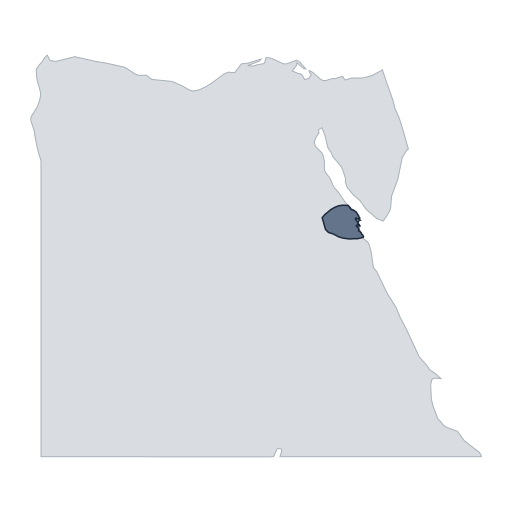 Hurghada 2, Al Bahr al Ahmar, Egypt (highlighted)
{"feature_id": "37247803B98457599359411", "entity_name": "Hurghada 2", "entity_type": "district", "adm_level": 2, "iso_a3": "EGY", "parent_name": "Egypt", "parent_adm1": "Al Bahr al Ahmar", "projection": "mercator", "projection_center": [33.498, 27.742], "detail": "fine", "context": "in_parent", "style": "filled", "palette": "slate", "viewbox_px": 512, "rotation_deg": 0, "n_neighbors": 0, "source": "geoboundaries", "source_scale": "gbopen_adm2", "svg_char_len": 5879}
<svg xmlns="http://www.w3.org/2000/svg" viewBox="0 0 512 512"><path d="M481.3,456.7L469.1,456.7L457.0,456.7L444.8,456.7L432.7,456.7L420.5,456.7L408.4,456.7L396.2,456.7L384.1,456.7L371.9,456.7L359.8,456.7L347.6,456.7L335.5,456.7L323.3,456.7L311.2,456.7L299.0,456.7L286.9,456.7L280.0,456.7L281.1,453.2L281.9,450.7L281.1,448.9L278.7,448.5L277.1,449.0L273.5,456.5L271.6,456.8L267.3,456.8L253.2,456.8L239.0,456.8L224.9,456.8L210.7,456.8L196.6,456.8L182.4,456.8L168.3,456.8L154.1,456.8L140.0,456.7L125.9,456.7L111.7,456.7L97.6,456.7L83.4,456.7L69.3,456.7L55.1,456.7L41.0,456.7L41.0,447.8L41.0,438.8L41.0,429.8L41.0,420.7L41.0,411.7L41.0,402.7L41.0,393.6L41.0,384.5L41.0,375.4L41.0,366.3L41.0,357.2L41.0,348.0L41.0,338.9L41.0,329.7L41.0,320.5L41.0,311.3L41.0,302.1L41.0,292.8L41.0,283.6L41.0,274.3L41.0,265.0L41.0,255.7L41.0,246.3L41.0,237.0L41.0,227.6L41.0,218.2L41.0,208.8L41.0,199.4L41.0,189.9L41.0,180.4L41.0,170.9L41.0,161.4L40.7,159.7L38.6,153.2L36.7,144.9L34.7,134.8L34.4,131.5L31.0,121.0L30.7,118.0L31.6,115.9L37.2,107.0L38.9,102.7L40.3,97.5L40.7,93.3L39.1,86.8L37.2,81.0L36.5,75.0L36.3,69.1L39.1,65.1L42.5,61.4L43.8,59.0L45.9,56.4L47.3,55.2L50.1,60.5L55.9,61.4L74.8,56.7L95.7,61.4L107.2,63.3L124.9,67.3L135.8,74.4L138.7,75.3L146.5,75.2L151.6,79.4L171.9,81.4L182.7,86.1L188.8,89.8L192.5,90.9L195.7,90.8L200.1,89.4L205.7,86.8L211.7,83.1L224.2,73.8L228.7,72.1L231.6,72.6L235.1,72.4L236.6,69.9L238.4,68.2L239.6,66.2L241.5,63.8L248.0,63.1L261.0,59.1L259.6,61.0L247.7,65.6L252.8,66.1L258.0,64.6L263.9,63.6L265.0,61.6L265.8,58.0L266.9,57.5L271.1,58.2L283.3,63.8L286.3,63.9L295.0,60.8L296.8,60.2L299.6,61.9L305.9,68.9L303.7,68.7L296.9,62.7L296.3,65.7L292.4,71.0L297.3,73.2L301.2,74.1L303.3,77.0L304.7,79.6L308.6,78.5L311.3,74.9L309.9,73.0L308.9,70.9L310.2,70.9L312.9,72.5L320.6,79.3L323.2,80.6L326.3,80.4L332.5,78.5L334.3,78.8L342.7,76.3L343.7,78.2L345.1,80.0L351.9,78.0L362.6,78.0L371.4,75.8L381.5,70.5L382.3,69.7L382.8,71.0L384.0,74.6L387.1,83.8L389.8,91.1L393.1,101.0L394.1,104.8L394.6,107.5L399.3,118.4L402.2,127.4L404.3,134.6L407.2,145.2L408.4,148.9L406.4,150.8L402.2,157.7L397.8,179.4L391.5,196.3L390.8,206.8L389.8,210.6L386.8,215.9L383.1,221.1L376.6,218.4L366.1,209.3L359.9,200.5L353.3,194.9L347.1,187.4L345.4,182.0L345.5,178.5L342.8,170.1L340.7,166.0L333.1,157.0L331.0,152.2L329.3,150.0L327.6,147.0L324.9,135.2L321.9,127.7L318.4,129.8L319.0,132.9L316.0,137.3L314.2,142.4L315.6,146.5L321.8,152.8L323.1,155.5L324.5,161.4L324.3,169.5L325.3,172.2L330.0,178.2L331.6,181.7L332.6,184.7L334.2,187.5L338.8,192.7L345.4,202.5L351.7,209.2L356.3,212.3L358.2,215.5L358.6,223.8L358.3,227.7L362.3,235.1L363.7,238.8L367.6,241.9L369.4,245.3L371.0,251.0L373.4,267.6L376.8,271.7L387.2,293.4L395.9,307.1L400.1,317.3L406.6,329.7L419.2,356.8L426.7,365.2L429.7,369.8L435.1,373.4L441.0,378.6L435.4,378.1L434.0,378.4L432.0,379.3L431.1,382.5L430.7,385.0L431.3,398.7L432.9,405.6L437.8,418.7L441.5,422.6L443.3,425.1L445.8,427.0L457.5,431.4L464.4,440.8L479.7,452.7L481.2,455.9L481.3,456.7Z" fill="#d9dde1" stroke="#a8b0b8" stroke-width="1"/><path d="M363.1,237.4L363.2,237.2L363.3,237.0L363.5,236.9L363.5,236.7L363.4,236.5L363.3,236.2L363.1,236.0L363.1,235.7L363.0,235.4L362.8,235.2L362.7,235.1L362.4,234.8L361.7,234.2L361.4,233.5L361.3,233.2L361.1,232.5L361.0,232.4L360.9,232.3L360.5,232.2L360.4,232.2L359.9,231.5L359.8,231.3L359.7,231.2L359.4,231.1L359.1,231.2L358.8,231.2L358.7,231.1L358.6,230.7L358.6,230.4L358.7,230.2L358.9,229.4L358.7,229.4L358.7,228.9L358.7,228.5L358.7,228.4L358.3,228.1L358.2,227.8L358.0,227.6L357.8,227.1L357.4,226.8L357.1,226.7L356.9,226.4L356.6,226.3L356.3,226.2L356.2,226.1L356.2,225.8L356.4,225.7L356.5,225.6L356.7,225.4L356.8,225.2L357.0,224.9L357.5,224.7L357.9,224.7L358.2,224.9L358.2,225.0L358.4,225.4L358.4,225.6L358.5,225.6L359.0,225.7L358.8,225.4L358.7,225.1L358.5,224.7L358.6,224.8L358.7,224.7L358.8,224.6L359.0,224.9L359.1,225.1L359.3,225.2L359.4,225.4L359.4,225.6L359.4,225.8L359.6,225.8L359.8,226.3L360.0,226.1L360.0,225.9L359.9,225.7L359.7,225.5L359.5,225.1L359.3,224.8L359.3,224.6L359.2,224.5L358.8,224.5L358.5,224.5L358.3,224.3L358.3,224.1L358.2,224.0L358.2,223.8L358.2,223.6L357.9,223.4L358.0,223.3L358.1,223.1L358.1,222.9L358.3,222.5L358.3,222.3L358.4,222.1L358.5,221.8L358.6,221.6L358.7,221.4L358.6,221.2L358.3,221.3L358.2,221.4L358.0,221.6L357.8,221.8L357.5,221.8L357.3,221.7L357.1,221.5L357.1,221.2L356.8,221.0L356.6,220.8L356.6,220.6L356.4,220.2L356.2,219.9L356.1,219.6L355.8,219.7L355.5,219.5L355.4,219.2L355.5,218.8L355.6,218.5L355.7,218.3L355.9,218.0L356.1,218.0L356.3,218.2L356.6,218.3L356.9,218.4L357.1,218.5L357.3,218.4L357.4,218.5L357.5,218.6L357.9,218.9L358.1,219.1L358.4,219.1L358.5,219.0L358.6,218.9L358.8,219.0L359.0,219.4L359.0,219.6L359.2,220.1L359.4,220.1L359.4,219.9L359.6,220.0L359.6,219.9L359.7,219.7L359.8,219.8L359.8,220.1L360.0,220.1L359.9,220.0L359.9,219.9L359.8,219.7L359.6,219.5L359.5,219.2L359.5,218.9L359.6,218.7L359.5,218.3L359.5,218.1L359.8,218.0L359.8,217.9L359.7,217.8L359.5,217.5L359.4,217.4L359.1,217.2L358.9,216.9L358.8,216.6L358.7,216.3L358.7,216.1L358.7,215.9L358.5,215.5L358.4,215.3L358.0,215.1L357.9,214.9L357.8,214.6L357.7,214.3L357.6,214.1L357.4,214.0L357.3,213.8L357.1,213.4L356.5,212.6L356.2,212.0L355.7,211.6L355.5,211.4L355.2,211.3L354.9,211.2L354.7,211.1L354.3,210.8L354.2,210.6L354.0,210.4L353.6,210.3L353.4,210.0L353.1,209.8L352.7,209.8L352.3,209.9L352.1,209.9L351.8,209.8L351.6,209.6L351.6,209.3L351.4,209.2L351.2,209.2L350.9,209.1L350.5,208.9L350.4,208.6L350.2,208.2L350.2,207.9L350.3,208.0L350.3,207.9L350.3,207.7L349.9,207.3L349.7,207.2L349.4,207.0L348.9,206.5L348.6,206.0L348.4,205.7L348.1,205.4L347.8,205.5L347.7,205.4L342.8,205.2L338.9,205.7L334.8,207.3L330.9,209.5L324.6,214.8L322.1,217.8L322.4,218.6L323.6,222.7L325.4,229.2L325.4,229.3L328.4,232.4L333.3,234.0L338.8,236.9L343.4,238.2L349.6,239.0L353.8,238.7L357.5,238.7L361.1,237.9L363.1,237.4Z" fill="#64748b" stroke="#1e293b" stroke-width="1.5"/></svg>